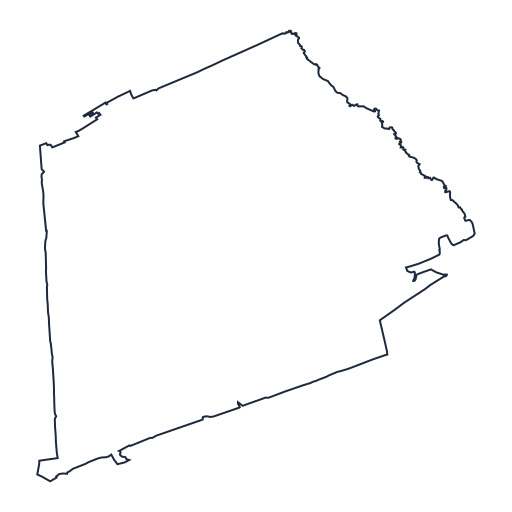 Perieti, Olt, Romania (Robinson projection)
{"feature_id": "2599482B88325539322464", "entity_name": "Perieti", "entity_type": "district", "adm_level": 2, "iso_a3": "ROU", "parent_name": "Romania", "parent_adm1": "Olt", "projection": "robinson", "projection_center": [24.585, 44.417], "detail": "fine", "context": "isolated", "style": "outline", "palette": "slate", "viewbox_px": 512, "rotation_deg": 0, "n_neighbors": 0, "source": "geoboundaries", "source_scale": "gbopen_adm2", "svg_char_len": 5928}
<svg xmlns="http://www.w3.org/2000/svg" viewBox="0 0 512 512"><path d="M449.9,191.4L449.0,191.2L448.0,191.7L445.3,192.2L445.2,191.0L446.2,190.0L446.5,188.2L446.1,187.9L444.6,188.3L443.8,187.6L443.8,187.2L445.2,187.0L445.7,186.7L445.8,186.1L444.4,186.1L444.3,185.7L444.4,184.7L443.6,183.7L442.4,181.4L441.9,180.9L436.1,179.0L435.9,178.6L434.8,178.2L434.0,177.5L433.3,177.7L432.6,179.4L431.9,180.0L431.0,179.7L430.1,177.8L429.7,177.7L428.3,178.3L427.9,177.1L426.8,177.2L425.9,177.9L424.7,177.9L424.7,177.3L425.7,176.4L420.9,173.7L420.7,172.7L419.9,172.3L420.4,171.2L420.1,170.5L418.8,169.0L418.6,167.3L418.2,166.4L418.5,165.6L419.4,164.7L419.6,164.1L417.7,163.2L416.7,162.4L416.4,161.7L416.8,160.4L415.9,159.1L414.9,158.3L412.9,157.4L410.2,156.9L408.9,156.1L408.8,155.7L409.3,155.3L409.0,154.7L407.9,154.3L406.6,153.1L405.8,152.6L405.7,151.6L405.0,150.8L405.3,149.8L403.7,149.8L403.2,149.5L403.5,147.7L403.2,147.3L402.2,147.0L401.3,147.6L400.7,147.5L401.2,146.5L400.7,144.9L400.4,144.6L399.5,144.6L399.2,144.1L399.5,143.3L401.3,142.5L401.4,142.2L400.1,141.5L400.8,140.7L400.7,139.4L398.8,138.3L398.3,138.3L396.9,138.9L395.5,138.4L395.6,137.9L396.5,137.2L395.7,136.6L395.7,135.6L395.6,135.4L394.2,134.4L394.1,134.2L395.8,133.5L396.0,133.3L396.0,133.1L394.9,131.7L394.3,131.4L393.8,130.2L392.6,129.3L392.2,127.6L391.8,127.3L389.7,127.5L389.1,129.0L388.6,129.1L387.5,128.6L384.7,128.5L382.0,126.8L382.3,125.1L381.9,123.2L382.4,122.5L383.1,122.0L383.1,121.6L382.3,120.9L380.9,121.4L380.6,121.2L380.2,120.5L380.4,118.9L378.0,117.3L377.7,116.8L377.7,116.4L378.9,115.3L378.3,113.9L378.7,113.1L378.6,112.2L379.0,110.6L377.2,110.2L376.7,109.7L376.3,108.8L375.2,108.5L374.4,108.8L374.1,109.3L374.3,110.1L375.0,110.8L375.0,111.3L373.9,111.5L366.4,108.2L363.4,106.2L361.4,106.5L359.9,106.2L358.4,106.5L357.4,105.8L357.3,105.5L357.5,104.4L357.2,104.3L356.5,104.3L353.9,106.0L352.9,105.1L352.1,104.7L351.4,105.1L350.4,106.2L349.6,106.1L349.4,105.9L349.9,105.4L349.9,104.0L347.3,102.3L347.1,101.2L347.4,99.0L347.4,98.3L346.8,97.3L345.8,96.7L345.7,96.3L342.8,95.0L340.2,93.1L337.7,92.8L336.7,92.3L335.5,91.1L333.3,86.8L330.7,84.9L330.2,84.0L328.9,82.6L328.0,81.1L323.1,79.1L320.3,76.8L319.6,76.5L318.6,73.9L318.4,71.6L318.6,70.6L318.4,69.3L319.3,68.5L319.4,67.8L318.5,67.4L318.1,66.4L317.3,65.6L317.3,65.0L316.2,64.1L315.4,64.7L313.3,63.7L307.0,58.9L307.2,57.7L306.2,57.4L306.3,56.3L305.4,55.5L305.0,54.7L303.7,53.1L303.7,52.7L304.9,51.5L304.2,50.0L303.7,49.7L302.8,49.8L301.9,48.7L301.4,48.3L301.8,47.5L301.7,46.4L300.1,46.0L300.2,45.2L300.0,44.9L298.1,43.0L297.9,40.1L298.2,39.2L299.1,38.3L299.0,37.7L297.7,36.6L296.2,36.0L296.0,35.5L296.6,34.5L296.4,33.2L295.6,33.1L295.1,34.3L294.8,34.4L294.3,33.4L292.7,34.0L291.9,33.9L291.7,33.8L291.7,33.0L290.3,32.1L290.5,31.4L290.9,31.1L290.3,30.7L289.1,30.8L287.8,32.6L286.8,32.1L286.3,32.2L285.8,33.3L284.9,33.3L284.5,33.7L282.4,33.3L281.8,33.9L281.4,33.8L275.3,36.6L258.1,44.6L222.0,60.7L212.4,65.3L204.4,68.8L197.4,72.2L159.9,87.8L158.3,88.6L156.3,90.4L155.6,89.8L152.2,90.4L133.8,98.3L133.3,98.3L131.9,95.7L131.2,94.3L130.1,90.9L118.1,96.6L106.5,102.9L107.2,104.0L106.5,104.4L105.5,102.6L83.7,115.7L84.3,116.5L92.1,111.8L92.7,112.7L89.1,114.9L90.3,116.6L96.9,112.4L98.0,113.7L99.1,113.0L100.4,114.8L95.9,117.7L97.2,119.3L82.7,128.5L78.6,130.9L75.8,132.0L78.3,136.2L73.8,138.1L64.1,141.3L64.7,142.4L52.3,147.4L50.6,144.8L49.1,144.7L47.4,145.2L46.3,143.2L39.9,145.6L41.6,168.6L42.0,169.6L44.0,171.5L43.9,172.0L41.9,174.0L41.6,174.8L41.5,176.6L41.9,179.2L42.0,180.4L41.7,181.6L41.9,184.2L43.3,192.3L43.5,196.3L43.3,203.1L46.1,230.6L46.6,230.5L46.8,231.1L46.3,238.1L45.6,240.2L45.3,241.9L45.0,247.0L45.1,249.8L45.7,252.8L46.1,269.0L45.9,271.0L46.5,281.5L47.3,284.8L46.9,286.7L47.2,299.1L47.7,304.2L48.0,312.2L48.8,317.2L49.1,324.8L50.2,341.3L50.8,343.3L52.0,354.6L52.6,356.9L52.2,362.0L52.9,369.0L53.8,383.6L54.0,389.8L53.9,391.6L54.2,398.0L54.2,400.6L54.6,411.5L55.0,414.0L56.2,416.2L56.1,416.6L55.0,418.2L54.8,419.7L55.1,427.6L55.7,435.4L55.9,441.3L56.3,447.0L56.9,453.5L57.7,458.1L39.3,460.7L39.2,463.9L37.3,474.5L41.9,476.6L50.2,481.3L56.5,477.6L56.1,476.7L56.3,476.2L57.5,475.7L58.3,474.6L58.8,474.3L61.0,473.7L63.9,473.5L67.1,473.8L67.3,472.5L69.7,471.2L72.9,468.8L85.9,463.7L88.4,462.2L97.7,458.5L101.4,457.5L106.4,457.2L108.9,456.3L111.3,454.6L114.3,460.1L117.5,464.2L124.7,462.4L129.2,460.0L126.6,459.2L125.3,457.1L122.2,456.7L120.4,455.3L119.9,454.4L120.6,452.3L120.3,451.7L119.0,451.0L129.4,445.4L130.1,446.0L149.4,438.2L150.5,437.9L152.4,437.9L156.4,435.6L202.3,419.7L202.8,419.3L202.7,417.5L203.1,416.9L206.3,416.3L207.8,416.4L210.1,417.0L213.6,416.5L239.3,407.6L239.8,407.2L238.0,403.6L238.0,402.3L242.6,405.8L265.6,397.6L267.2,397.8L268.9,397.6L284.5,391.7L302.7,385.4L310.2,383.1L312.9,381.8L316.5,380.7L319.4,379.4L326.6,376.7L328.7,375.5L337.5,371.8L340.4,371.2L348.3,368.8L372.8,359.4L385.9,354.9L387.3,354.6L387.0,351.6L385.3,343.8L379.8,320.3L394.0,310.3L404.6,302.4L425.0,289.1L430.9,284.6L444.6,276.1L445.1,276.4L445.8,276.0L446.7,275.4L446.9,274.8L446.8,274.5L443.1,274.6L438.0,272.9L436.4,272.4L430.9,269.4L423.4,272.0L417.9,274.1L416.4,275.0L415.6,279.3L414.5,280.8L413.7,281.0L413.2,280.9L413.4,280.2L414.5,278.3L414.9,274.5L414.9,273.0L414.5,271.9L414.3,271.7L411.1,272.5L408.7,271.6L407.3,270.9L406.0,267.5L410.7,266.2L418.2,263.9L430.8,258.8L439.3,254.6L439.7,253.7L439.8,251.9L439.3,250.0L439.8,249.6L438.8,243.9L438.9,240.3L439.3,238.4L441.1,237.3L446.1,235.4L447.3,235.5L447.8,237.0L450.8,242.7L451.6,243.9L453.5,245.3L460.4,242.3L463.7,240.0L465.7,240.2L467.6,239.3L472.9,236.1L473.7,235.3L474.7,233.6L472.6,223.9L471.5,221.7L469.7,220.0L468.6,220.0L465.9,220.8L465.3,220.7L464.2,218.0L464.5,217.3L465.2,216.9L465.4,216.7L465.1,215.4L464.5,213.6L462.2,210.7L462.0,209.6L461.0,208.9L459.9,207.2L458.8,207.5L458.5,207.2L457.8,205.4L456.7,204.0L452.4,200.1L450.8,200.0L450.2,197.8L449.9,195.2L450.2,192.3L449.9,191.4Z" fill="none" stroke="#1e293b" stroke-width="2"/></svg>